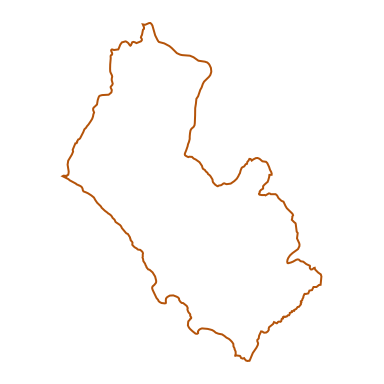 Kaur, Bengkulu, Indonesia
{"feature_id": "22746128B79405855452274", "entity_name": "Kaur", "entity_type": "district", "adm_level": 2, "iso_a3": "IDN", "parent_name": "Indonesia", "parent_adm1": "Bengkulu", "projection": "equal_earth", "projection_center": [103.389, -4.591], "detail": "fine", "context": "isolated", "style": "outline", "palette": "amber", "viewbox_px": 384, "rotation_deg": 0, "n_neighbors": 0, "source": "geoboundaries", "source_scale": "gbopen_adm2", "svg_char_len": 5979}
<svg xmlns="http://www.w3.org/2000/svg" viewBox="0 0 384 384"><path d="M62.6,176.2L68.5,179.2L69.7,180.3L76.0,183.7L76.5,184.3L78.0,184.9L78.5,185.3L79.2,185.4L81.1,186.5L81.8,187.2L82.5,188.5L82.9,190.4L83.5,191.4L86.3,192.5L88.0,193.3L91.3,195.4L93.9,197.5L95.4,200.2L97.2,202.8L101.1,206.6L101.4,207.5L104.8,210.7L107.6,212.8L108.1,213.4L109.4,214.1L111.0,215.4L111.8,216.4L112.6,217.9L114.5,219.6L115.6,222.0L120.0,225.0L121.1,226.3L121.9,228.1L125.6,232.5L126.3,233.3L127.9,234.0L130.0,237.4L130.2,238.8L130.6,239.2L130.7,240.3L132.0,241.7L132.5,242.6L132.3,244.7L132.4,245.0L134.1,246.8L135.3,247.7L136.7,248.4L137.5,249.3L138.1,249.6L140.3,249.9L142.3,251.7L143.0,253.2L142.7,254.9L142.8,256.4L142.5,257.5L143.0,258.8L143.4,261.2L145.0,263.5L145.7,265.4L146.4,266.5L146.5,267.3L148.2,269.4L149.6,269.8L152.6,272.4L155.1,276.5L156.1,280.4L156.2,281.6L156.0,282.7L154.5,284.7L152.6,286.4L152.2,287.4L152.2,288.5L152.7,290.0L156.5,298.0L158.1,299.9L158.7,301.2L159.8,302.1L161.5,303.0L164.7,303.4L165.7,303.2L165.9,302.8L165.8,300.3L166.0,298.7L166.6,297.7L167.5,296.9L169.8,295.6L173.3,295.4L176.7,296.7L178.1,297.5L179.0,298.5L179.2,300.0L180.3,301.7L181.6,302.9L183.2,303.1L184.2,303.9L186.7,305.9L187.6,307.6L187.7,308.5L187.4,309.1L187.7,310.5L188.5,312.3L190.0,314.0L190.2,314.4L190.2,315.8L191.2,317.4L191.1,318.4L190.7,318.7L190.4,318.7L189.3,320.4L188.6,320.9L188.2,321.8L187.9,325.4L188.9,327.5L190.1,329.0L192.5,331.2L195.5,333.6L196.8,333.8L197.4,333.7L198.1,333.1L198.0,331.4L199.0,329.9L200.3,329.0L202.0,328.4L207.7,328.9L210.5,329.6L212.2,330.1L213.9,331.1L215.8,332.7L218.4,333.7L222.1,334.4L224.5,336.0L226.4,337.6L228.9,338.9L230.4,340.2L232.0,341.9L233.3,343.8L233.5,346.5L234.5,348.3L234.6,349.3L235.6,351.5L235.7,354.0L235.3,355.1L235.2,355.7L235.6,355.8L236.2,355.4L239.9,355.9L240.3,356.3L241.1,358.0L242.8,358.6L244.1,358.1L244.9,359.3L246.1,360.6L247.7,361.0L248.4,360.7L249.0,360.9L249.6,360.7L252.8,353.0L256.5,347.6L257.8,345.0L258.1,343.2L257.3,341.2L257.3,340.0L258.7,338.5L259.1,335.7L261.1,331.4L262.4,331.6L263.6,332.5L264.5,332.7L266.3,332.5L267.8,331.4L268.8,329.8L268.7,328.5L269.1,327.2L273.1,324.0L274.0,322.1L276.7,323.3L277.1,323.2L278.1,321.9L278.9,321.6L280.5,321.8L281.2,321.2L281.7,319.0L283.0,318.5L282.8,317.5L282.9,317.2L283.5,317.1L284.0,316.6L284.5,317.0L285.2,316.8L285.7,316.9L286.2,316.4L286.9,316.4L287.9,315.3L289.1,315.2L289.7,314.0L289.8,312.9L291.9,312.1L291.9,311.2L292.7,311.2L293.6,310.5L294.2,310.7L294.4,309.9L296.3,308.9L297.6,307.0L298.8,306.9L300.8,304.5L301.0,304.0L300.7,303.4L300.8,303.0L301.4,302.5L301.4,302.1L300.9,301.3L302.2,300.2L302.4,299.1L303.3,297.5L303.4,296.4L304.4,294.1L304.9,293.8L305.7,294.0L308.3,293.4L309.4,290.6L312.0,290.1L313.5,287.0L316.5,287.0L319.0,285.0L320.6,284.8L321.4,276.5L320.8,274.4L318.2,272.6L315.3,269.7L314.8,268.6L314.7,267.8L313.9,268.0L312.5,269.2L311.5,269.5L310.8,269.4L309.9,268.2L309.8,267.4L310.0,266.1L309.8,265.7L306.3,264.1L303.3,261.7L300.6,261.2L298.8,259.6L297.6,259.4L296.2,259.8L293.1,261.6L290.9,262.5L288.3,263.2L287.6,263.1L287.2,261.9L287.5,259.8L288.3,257.9L290.0,255.4L292.5,253.1L298.0,249.1L299.4,246.2L299.5,244.6L299.2,243.2L297.0,238.4L297.7,233.0L296.7,231.7L295.7,223.8L295.4,223.1L294.3,222.3L291.8,219.8L292.3,217.8L292.3,216.6L293.1,215.2L292.4,213.7L286.8,208.2L285.4,205.8L283.5,201.7L281.4,200.8L278.5,198.1L277.1,195.5L275.6,194.2L270.8,194.2L270.0,193.6L268.9,193.4L265.5,195.4L264.7,195.0L262.0,195.1L259.6,194.7L259.1,194.3L259.0,193.6L259.7,192.7L259.7,191.5L260.9,190.0L263.1,188.6L263.1,186.2L264.4,184.7L267.2,182.2L267.5,182.1L268.1,180.7L269.3,176.6L269.2,176.4L269.4,174.9L271.6,174.8L271.7,173.7L271.2,172.0L270.0,169.8L269.1,167.0L267.3,163.1L266.0,161.8L262.4,161.3L259.5,158.8L257.6,158.0L255.9,158.1L253.3,159.4L251.7,160.6L250.6,159.0L249.4,158.9L248.6,160.5L247.3,162.0L247.0,163.8L245.7,164.2L244.2,166.4L242.3,167.3L241.6,168.0L240.6,170.5L239.9,173.3L239.1,174.5L238.4,176.1L236.8,178.7L234.3,181.1L230.7,183.6L227.2,184.1L226.3,184.1L224.1,183.3L223.1,183.7L222.6,184.2L221.1,185.2L218.7,185.6L217.9,186.2L217.4,186.2L215.3,184.8L213.1,182.4L212.7,181.3L212.5,179.5L210.5,176.2L209.4,175.0L208.1,174.1L207.4,172.7L205.8,171.4L205.0,170.1L202.9,168.7L202.4,167.5L202.0,165.9L199.5,162.2L195.7,159.5L193.6,158.5L192.0,156.9L189.3,156.7L188.3,157.1L186.4,156.2L185.1,155.3L184.8,154.4L184.9,153.5L186.1,150.6L187.6,146.3L188.0,144.3L189.0,141.8L189.7,139.0L189.7,136.6L190.0,133.2L190.5,130.4L191.5,128.7L193.6,126.9L194.5,125.3L194.8,123.2L195.1,115.6L195.2,108.1L195.9,103.8L196.4,98.8L198.1,96.3L200.3,89.8L201.6,87.5L202.8,84.0L203.8,82.1L204.2,81.5L209.0,76.8L210.3,75.0L211.1,72.6L211.3,71.4L210.9,67.9L209.5,64.9L208.8,63.9L207.3,62.5L205.0,61.7L198.4,60.7L193.5,57.2L189.9,55.7L182.2,55.1L180.3,54.7L178.9,54.1L176.8,53.1L171.7,48.0L169.4,46.1L164.3,43.4L159.0,42.0L158.3,41.3L157.4,39.8L155.2,35.4L152.4,25.5L151.3,23.8L150.3,23.0L149.0,23.1L145.1,24.8L142.8,24.4L144.0,27.3L144.0,28.8L143.0,29.7L142.0,34.8L141.2,36.4L140.9,37.5L141.9,39.2L141.8,40.3L141.0,41.3L136.5,43.1L134.7,42.2L133.3,41.9L132.2,42.3L130.9,45.3L130.3,45.7L129.6,45.0L128.3,43.1L127.0,42.1L126.0,41.5L125.4,41.4L121.9,42.4L120.3,44.6L118.9,48.1L118.3,49.4L114.0,50.0L112.0,49.4L111.3,49.9L111.1,50.7L112.1,53.0L112.2,54.0L111.8,54.9L110.9,55.3L110.6,56.1L110.7,58.4L110.2,64.4L110.1,68.6L110.2,71.3L110.5,72.4L111.9,75.3L112.2,76.7L111.8,78.4L111.7,80.1L112.7,83.6L112.4,84.7L110.7,86.8L110.7,87.7L111.8,90.0L111.5,92.0L111.3,92.5L108.7,94.7L102.0,95.1L99.9,95.7L99.1,96.3L98.6,97.4L97.7,100.2L97.0,104.5L93.6,107.7L93.1,108.9L93.2,110.2L94.1,112.5L93.4,114.3L93.0,116.5L92.2,118.8L90.8,121.1L88.5,124.5L87.0,126.2L86.0,127.8L84.4,129.3L83.3,132.1L80.1,138.3L79.3,139.1L78.2,139.5L77.5,140.9L77.0,141.4L77.2,142.0L76.6,143.2L75.4,143.3L72.7,149.8L73.1,151.6L71.9,154.5L68.2,160.7L67.6,164.7L68.7,171.6L68.5,173.5L68.2,174.8L67.3,175.1L66.4,176.5L65.4,175.8L63.5,175.7L62.6,176.2Z" fill="none" stroke="#b45309" stroke-width="2"/></svg>